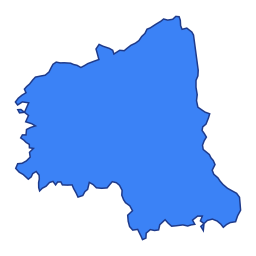 outline of Boituva, São Paulo, Brazil
{"feature_id": "56859067B19813676831421", "entity_name": "Boituva", "entity_type": "district", "adm_level": 2, "iso_a3": "BRA", "parent_name": "Brazil", "parent_adm1": "São Paulo", "projection": "orthographic", "projection_center": [-47.684, -23.285], "detail": "fine", "context": "isolated", "style": "filled", "palette": "blue", "viewbox_px": 256, "rotation_deg": 0, "n_neighbors": 0, "source": "geoboundaries", "source_scale": "gbopen_adm2", "svg_char_len": 2400}
<svg xmlns="http://www.w3.org/2000/svg" viewBox="0 0 256 256"><path d="M204.0,223.6L207.4,220.4L212.4,219.1L217.1,221.0L220.7,224.0L223.3,227.3L226.6,224.5L230.1,222.6L235.6,221.7L237.6,215.8L240.6,210.2L240.0,202.9L239.5,197.3L236.6,193.3L231.1,190.3L227.5,188.3L222.9,184.4L220.0,181.0L217.9,177.8L213.8,174.3L212.2,170.2L215.0,164.6L213.3,160.6L210.9,157.7L209.3,154.5L203.2,149.5L202.5,145.2L204.2,140.7L206.4,137.1L204.2,133.4L202.1,130.5L202.7,126.9L206.0,124.1L208.4,118.1L209.7,113.8L205.0,112.1L201.2,109.5L197.9,107.2L196.5,100.7L197.2,94.7L196.0,87.3L196.0,80.4L197.9,75.9L198.2,70.3L193.5,35.0L191.8,32.0L186.8,28.1L182.1,29.3L180.6,25.7L180.3,20.3L179.1,16.7L175.8,16.4L172.7,19.3L167.7,20.1L163.6,19.0L160.9,21.2L155.9,24.2L150.2,27.9L147.0,29.2L144.9,33.5L141.7,36.5L138.9,40.6L135.5,43.1L130.9,45.3L127.2,48.2L124.2,50.7L119.7,50.3L113.9,54.0L112.7,50.3L109.4,48.4L102.9,46.2L99.1,44.4L96.0,49.0L97.2,53.2L98.9,59.5L94.1,61.2L87.8,63.6L84.5,65.6L80.9,67.5L77.0,65.3L73.6,64.5L70.6,63.2L64.3,62.8L60.1,62.9L56.2,62.1L53.0,64.3L51.4,67.2L49.0,72.0L45.2,75.2L40.3,76.1L35.4,77.1L32.7,80.0L29.6,84.0L26.7,86.5L24.4,89.1L26.0,92.7L21.8,95.3L18.3,98.2L15.4,102.0L17.6,105.0L22.4,101.9L28.7,102.8L24.5,112.3L28.5,115.5L25.7,121.8L31.7,123.7L35.4,125.9L30.5,127.5L26.5,129.5L26.0,134.9L22.4,134.9L20.7,137.9L23.8,140.1L26.2,142.5L29.3,144.4L29.4,147.8L33.4,148.4L29.5,152.3L30.2,157.1L26.4,160.9L22.1,163.3L17.7,163.7L15.7,168.4L19.2,172.2L23.2,174.5L28.3,179.2L31.2,176.9L32.7,173.6L36.2,171.5L39.1,175.2L39.3,179.0L38.6,182.7L38.7,187.6L39.6,190.9L42.2,188.3L46.1,186.2L49.5,182.5L53.0,181.4L55.6,184.9L57.6,182.1L60.8,181.9L62.4,184.9L67.4,185.1L72.1,184.9L73.6,188.5L76.1,193.0L78.0,197.1L82.8,195.5L84.9,191.6L87.6,189.4L89.3,182.4L93.2,184.6L96.4,187.8L101.7,188.3L107.1,187.9L109.9,184.4L112.3,181.7L116.4,182.7L119.5,185.3L122.1,190.3L121.8,195.2L123.6,199.8L125.5,202.7L129.8,205.8L132.5,210.7L127.7,215.2L128.2,221.3L129.6,226.6L132.7,230.1L137.7,229.4L139.4,232.9L141.1,236.4L142.5,239.6L145.9,238.1L146.2,233.1L150.3,229.6L154.5,230.5L158.6,229.9L159.8,224.7L165.1,219.7L168.0,223.0L171.6,226.2L175.9,225.8L182.9,224.9L187.7,226.0L191.1,224.9L194.8,224.3L192.5,220.1L197.6,216.1L202.3,216.1L200.4,220.9L204.0,223.6ZM24.5,112.3L20.9,109.5L17.8,109.7L19.5,112.9L24.5,112.3ZM204.0,223.6L200.8,226.4L203.3,230.5L204.0,223.6Z" fill="#3b82f6" stroke="#1e3a8a" stroke-width="1.5"/></svg>